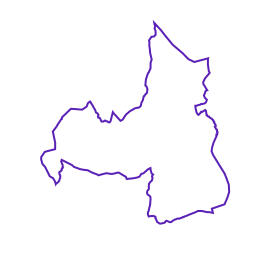 Shanga, Kebbi, Nigeria, rotated 261°
{"feature_id": "59680162B85769693016783", "entity_name": "Shanga", "entity_type": "district", "adm_level": 2, "iso_a3": "NGA", "parent_name": "Nigeria", "parent_adm1": "Kebbi", "projection": "orthographic", "projection_center": [4.585, 11.206], "detail": "fine", "context": "isolated", "style": "outline", "palette": "violet", "viewbox_px": 256, "rotation_deg": 261, "n_neighbors": 0, "source": "geoboundaries", "source_scale": "gbopen_adm2", "svg_char_len": 5183}
<svg xmlns="http://www.w3.org/2000/svg" viewBox="0 0 256 256"><g transform="rotate(261 128 128)"><path d="M30.9,198.6L35.2,198.2L36.8,207.2L37.5,211.4L43.9,215.4L49.0,217.9L56.1,218.7L62.9,217.4L67.8,216.3L87.8,207.9L92.1,206.9L95.7,208.1L99.8,210.0L106.6,214.4L107.0,214.2L107.3,214.5L107.5,214.3L107.8,214.3L107.9,214.7L108.1,214.9L108.3,215.4L108.7,215.4L109.0,215.6L109.3,215.6L109.9,215.3L110.2,215.7L110.5,215.8L110.9,215.5L111.5,215.5L112.4,215.6L112.6,215.5L112.7,215.4L112.7,215.2L112.8,215.0L114.0,214.5L114.5,214.5L115.2,214.4L115.3,214.1L115.6,214.0L115.7,214.5L115.9,214.8L116.3,215.0L116.6,214.7L117.3,214.9L117.7,214.7L117.9,214.8L118.2,214.5L119.9,214.1L120.0,213.9L120.3,214.1L120.7,214.1L121.1,213.8L121.5,213.5L121.9,213.3L122.4,213.4L122.7,213.1L123.0,212.8L123.4,212.4L123.9,212.2L124.0,212.2L124.1,211.9L124.5,211.5L125.0,211.1L125.2,210.7L125.7,210.2L126.3,210.0L126.5,209.8L126.7,209.7L126.6,209.3L126.6,209.2L127.0,208.8L127.4,208.5L127.8,208.0L128.4,207.6L128.7,207.7L129.0,207.9L129.4,207.6L130.1,207.6L131.1,207.7L132.8,207.7L133.1,207.5L133.7,207.1L133.5,206.4L133.0,205.7L132.6,204.7L132.3,203.6L132.6,203.3L132.6,202.8L131.8,202.3L131.6,201.8L131.0,201.2L130.4,200.3L130.1,200.0L129.9,199.7L130.3,199.2L131.3,198.7L132.3,198.2L134.2,198.0L137.3,197.8L139.4,198.0L139.1,199.0L139.5,199.9L139.7,201.1L139.7,202.1L139.7,202.8L140.0,203.4L140.2,203.7L140.3,204.2L140.1,204.5L140.1,205.4L140.1,206.0L140.2,206.3L140.2,206.5L140.2,207.0L140.4,207.8L140.6,208.1L140.9,208.6L141.9,209.5L143.6,210.3L145.0,209.3L146.1,208.5L148.3,208.1L150.5,209.5L152.3,210.4L152.9,211.3L152.9,212.1L159.8,209.3L161.4,209.4L164.8,211.7L169.7,217.3L171.8,216.7L178.6,216.9L183.8,217.8L184.3,218.0L182.8,203.8L183.7,202.6L186.6,198.4L193.4,193.6L203.2,185.2L213.4,179.2L219.7,175.7L227.7,170.4L226.4,170.4L224.1,170.8L222.4,169.8L220.4,170.2L219.2,170.4L215.6,169.8L214.3,167.9L214.4,165.4L211.2,162.5L210.1,162.5L209.1,162.5L205.9,161.9L202.5,161.9L198.9,161.6L191.9,162.1L189.1,160.6L183.2,159.5L179.6,157.1L178.9,156.2L176.1,154.8L173.2,153.3L170.9,152.7L167.3,151.8L166.4,152.7L163.2,153.3L159.4,152.0L158.7,150.6L157.1,149.3L156.9,148.5L153.1,147.0L151.0,145.3L147.9,144.1L147.2,143.2L146.6,142.5L146.4,138.1L144.3,132.5L141.5,128.0L136.9,123.8L136.4,121.9L136.3,121.7L145.2,115.9L145.6,115.7L146.0,115.5L137.6,111.9L136.5,110.8L136.6,109.9L136.6,109.7L137.5,109.0L137.6,108.9L138.0,107.9L138.0,107.7L138.8,106.7L139.0,106.5L138.2,104.5L138.6,103.1L138.6,102.8L139.9,102.4L140.7,102.2L141.7,102.0L142.6,101.5L142.7,101.4L142.9,100.6L142.9,100.3L144.3,100.1L145.6,100.9L147.3,100.1L148.3,98.8L149.6,98.6L150.8,98.4L151.8,98.0L152.8,97.6L154.7,96.9L155.9,96.5L157.2,96.0L158.1,95.5L158.8,95.3L159.4,95.1L160.1,94.6L158.7,92.2L155.7,90.6L153.3,85.7L155.2,77.7L155.9,74.6L148.8,64.4L147.4,64.2L147.2,63.5L142.2,58.9L141.1,58.1L140.8,57.9L136.3,53.2L135.5,53.3L130.0,53.5L124.9,53.8L118.5,52.7L117.7,44.2L117.4,42.0L112.8,37.7L110.4,37.3L105.8,37.9L102.6,40.0L97.0,41.8L92.5,43.2L90.2,46.1L86.5,47.6L83.9,47.9L84.4,48.3L84.6,49.1L85.6,50.7L86.2,51.4L86.6,51.8L87.3,52.0L88.1,52.4L88.9,52.9L89.4,53.3L89.9,53.3L90.4,53.5L91.1,53.5L91.6,53.7L92.2,53.4L92.7,53.1L93.3,53.1L93.6,53.2L94.0,53.1L94.5,53.0L95.4,53.5L95.6,54.0L95.6,54.5L95.9,55.0L96.3,55.4L96.7,55.8L96.9,56.0L97.6,55.9L97.8,56.3L98.6,56.5L98.8,57.1L99.0,57.5L102.0,57.6L103.9,57.1L105.5,56.8L106.9,57.5L100.2,66.8L97.9,68.7L96.3,71.7L94.9,74.2L93.7,77.5L92.5,81.7L90.1,84.8L88.2,88.0L86.8,90.5L86.7,90.7L86.1,91.2L85.9,91.4L86.0,92.5L86.3,94.5L86.6,98.2L86.7,99.7L85.2,104.5L85.1,105.9L85.2,107.4L85.6,111.1L85.0,112.3L85.0,112.5L84.0,113.5L80.2,118.2L77.9,118.7L77.5,124.9L77.7,129.7L78.2,131.8L80.6,133.9L80.8,136.1L84.2,141.5L84.9,143.9L83.6,143.8L82.7,143.8L81.6,143.9L80.8,144.1L79.5,144.2L78.7,144.8L78.1,145.5L77.0,144.4L76.2,144.1L75.2,144.5L74.5,144.3L73.7,143.9L73.1,143.8L72.5,143.4L71.9,142.9L71.7,142.3L71.3,141.7L70.6,141.0L69.4,139.9L68.3,139.7L67.0,139.4L65.2,139.2L64.2,138.9L63.8,138.4L63.3,137.7L62.7,137.2L62.1,137.0L61.1,136.7L60.4,136.7L59.7,136.8L59.3,137.0L58.9,137.4L58.5,137.8L58.0,138.3L57.6,138.7L57.1,139.0L56.6,139.3L55.8,139.3L53.8,139.1L52.1,138.6L51.0,138.3L50.3,138.3L49.7,138.1L48.9,137.8L47.9,137.5L47.2,137.2L46.3,136.7L45.1,136.3L44.1,135.8L43.3,135.6L42.9,135.4L42.3,135.1L41.8,134.6L41.2,134.4L40.3,134.2L39.5,134.2L39.0,134.3L38.3,134.3L37.8,134.5L37.3,134.7L37.5,136.9L37.3,137.6L37.1,138.4L37.3,139.0L37.1,139.5L36.8,140.0L36.6,140.4L36.4,140.7L36.1,140.9L36.0,141.2L35.3,141.2L34.8,140.9L34.1,141.2L33.8,141.5L33.3,141.6L32.7,141.6L32.1,141.7L31.8,141.9L31.1,142.0L30.6,142.1L30.2,142.7L29.7,143.2L29.3,143.5L28.8,144.2L28.5,144.7L28.5,145.5L28.4,146.1L28.5,146.7L28.6,147.7L28.6,148.7L29.0,149.8L30.0,150.4L30.3,151.6L29.3,153.3L28.5,154.4L28.3,155.7L28.6,156.5L29.1,157.1L29.6,158.2L29.9,159.1L30.3,159.8L30.2,160.2L30.3,160.7L30.4,161.1L30.5,161.6L30.7,162.1L30.8,162.6L30.7,163.5L30.4,164.1L30.6,164.5L30.5,165.0L30.7,165.8L30.9,166.1L30.9,167.1L31.1,167.5L31.4,168.0L31.6,168.6L31.3,169.1L31.9,170.6L32.1,172.1L33.1,176.0L34.2,181.2L35.1,184.1L34.4,188.4L34.0,189.1L32.5,193.1L32.3,194.7L31.6,196.6L30.9,198.6Z" fill="none" stroke="#5b21b6" stroke-width="2"/></g></svg>